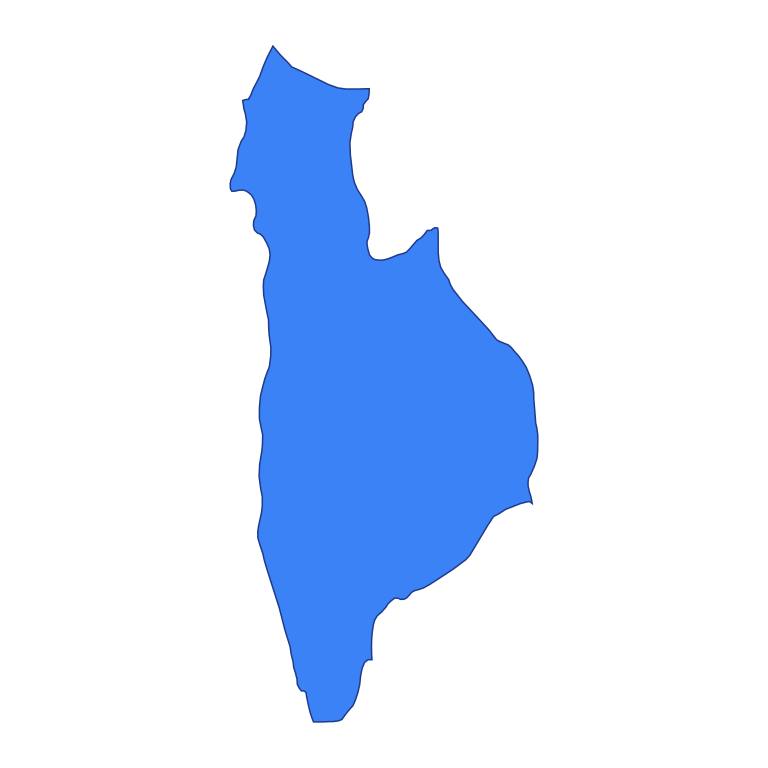 Ogoulou, Ngounié, Gabon (Equal Earth projection)
{"feature_id": "22940354B22341987955952", "entity_name": "Ogoulou", "entity_type": "district", "adm_level": 2, "iso_a3": "GAB", "parent_name": "Gabon", "parent_adm1": "Ngounié", "projection": "equal_earth", "projection_center": [11.519, -1.32], "detail": "fine", "context": "isolated", "style": "filled", "palette": "blue", "viewbox_px": 768, "rotation_deg": 0, "n_neighbors": 0, "source": "geoboundaries", "source_scale": "gbopen_adm2", "svg_char_len": 3172}
<svg xmlns="http://www.w3.org/2000/svg" viewBox="0 0 768 768"><path d="M372.0,659.7L371.6,654.4L371.5,647.2L371.6,640.5L372.0,634.6L372.6,629.6L373.4,624.6L374.7,620.1L377.2,615.8L381.7,611.9L386.0,607.0L388.0,603.8L390.8,601.1L394.5,598.2L397.7,598.1L400.5,599.3L403.8,599.3L406.4,598.1L408.8,595.7L411.5,592.4L415.0,590.5L418.6,589.6L423.5,587.9L430.1,584.2L439.4,578.2L453.5,568.9L465.8,559.7L469.8,555.3L487.9,525.1L493.5,516.5L498.8,513.8L505.7,509.3L514.2,506.0L520.0,503.7L526.4,502.0L529.6,501.5L532.2,503.5L531.6,499.9L530.5,495.2L529.3,491.7L528.2,486.6L528.0,482.7L528.5,478.2L531.0,473.9L532.3,470.9L534.1,466.9L535.4,463.2L537.0,458.3L537.6,451.8L537.8,441.1L537.7,434.5L536.9,428.2L535.7,423.2L535.3,417.5L534.4,406.3L533.8,399.0L533.7,392.5L532.6,385.2L529.6,375.5L526.2,367.2L522.0,360.6L518.4,355.7L514.5,351.4L511.5,347.7L508.4,345.0L504.5,343.4L500.7,341.9L496.9,340.1L488.7,329.7L478.3,318.4L462.6,301.6L453.0,289.4L450.3,284.5L448.6,279.5L443.9,272.9L440.7,267.3L439.0,260.7L438.2,252.6L438.2,243.8L438.2,237.0L438.1,231.4L437.7,228.0L434.9,227.7L433.0,228.7L430.9,230.4L427.3,230.4L423.8,235.0L421.0,237.9L416.9,240.4L409.7,248.8L406.4,252.2L403.1,253.5L397.7,254.9L392.5,257.1L387.6,258.9L382.9,260.1L378.5,260.1L374.2,259.4L371.5,257.4L369.5,254.8L367.8,248.8L367.0,244.0L367.1,241.1L368.4,237.7L369.5,232.9L369.4,226.4L368.4,216.9L366.7,207.7L364.6,201.3L361.2,195.5L357.5,189.8L354.3,182.3L352.8,175.6L350.4,155.2L349.9,142.8L351.2,134.0L352.7,127.2L353.2,121.6L355.5,116.6L358.6,113.4L361.6,111.8L363.2,108.5L363.4,104.6L365.9,101.2L368.2,98.8L369.0,94.4L369.3,88.7L358.9,89.0L345.8,89.0L337.7,87.9L328.1,84.4L313.7,77.3L301.4,71.3L291.7,66.9L288.6,63.3L280.6,55.2L272.9,46.1L266.8,58.1L262.9,67.4L259.6,76.6L253.2,89.0L250.8,95.1L248.3,99.4L246.2,99.4L242.7,100.5L243.0,102.8L243.9,108.7L245.4,113.9L246.7,122.2L245.9,130.6L244.0,136.9L241.2,141.2L238.0,149.8L237.4,156.1L236.2,167.2L234.2,173.3L231.1,179.4L230.2,183.3L230.4,188.7L231.8,191.2L234.8,191.2L238.6,190.3L243.1,190.0L246.3,191.1L248.4,192.5L251.4,195.0L254.0,199.3L255.7,205.1L256.3,210.6L256.0,215.8L253.8,220.5L253.4,225.3L254.5,230.0L257.3,232.9L260.9,234.5L263.5,237.3L266.5,242.6L269.2,248.7L270.1,254.8L269.3,261.4L267.2,268.9L265.1,275.7L263.7,279.9L263.3,286.0L263.7,295.3L265.1,302.8L267.2,313.8L268.5,319.7L268.7,328.1L269.2,335.5L270.9,347.7L270.7,356.5L269.3,367.0L267.2,372.1L264.7,379.2L262.4,388.0L260.5,395.9L259.4,407.8L259.4,418.7L261.0,427.1L262.7,434.9L262.4,445.3L261.9,450.5L261.8,451.1L259.6,464.6L259.1,476.5L260.6,488.1L262.3,496.9L262.3,506.1L261.5,512.5L260.0,519.5L258.7,525.6L257.8,531.5L257.9,538.0L259.6,543.9L262.7,553.2L264.4,560.6L267.5,571.0L279.2,607.6L285.0,630.2L290.1,646.7L291.2,654.2L293.1,661.8L293.7,667.4L295.3,672.4L297.0,679.1L297.3,684.2L299.1,687.9L301.4,690.9L303.9,690.9L306.0,692.4L306.5,695.9L307.6,701.5L309.0,707.8L310.5,713.6L311.9,717.8L313.5,721.9L322.9,721.9L328.7,721.6L332.7,721.6L338.7,720.8L342.0,719.4L344.5,715.8L346.8,712.7L350.1,708.8L352.9,705.7L355.3,700.4L357.8,692.8L359.7,684.7L360.6,676.0L362.0,668.7L364.5,662.5L368.0,659.7L372.0,659.7L372.0,659.7Z" fill="#3b82f6" stroke="#1e3a8a" stroke-width="1.5"/></svg>